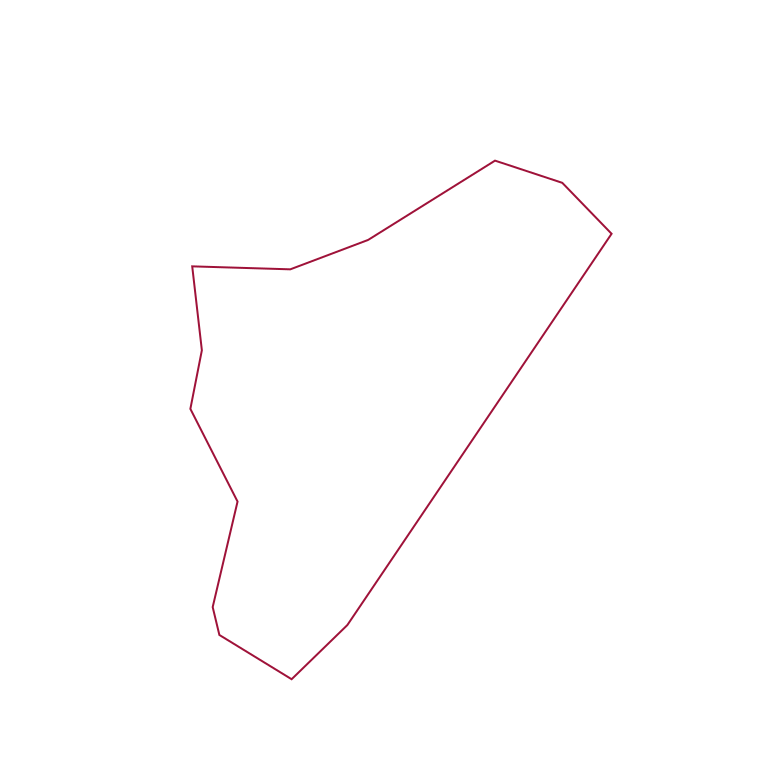 the border of Għajnsielem, rotated 328°
{"feature_id": "MLT-5987", "entity_name": "Għajnsielem", "entity_type": "state/province", "adm_level": 1, "iso_a3": "MLT", "parent_name": "Malta", "parent_adm1": "", "projection": "robinson", "projection_center": [14.284, 36.025], "detail": "fine", "context": "isolated", "style": "outline", "palette": "rose", "viewbox_px": 768, "rotation_deg": 328, "n_neighbors": 0, "source": "natural_earth", "source_scale": "10m", "svg_char_len": 334}
<svg xmlns="http://www.w3.org/2000/svg" viewBox="0 0 768 768"><g transform="rotate(328 384 384)"><path d="M656.6,377.2L225.2,569.0L149.2,585.4L111.4,509.6L120.5,482.4L197.5,406.1L206.6,302.5L247.4,258.9L283.7,182.6L365.3,237.1L446.9,253.4L596.5,253.4L641.8,307.9L656.6,377.2Z" fill="none" stroke="#9f1239" stroke-width="2"/></g></svg>